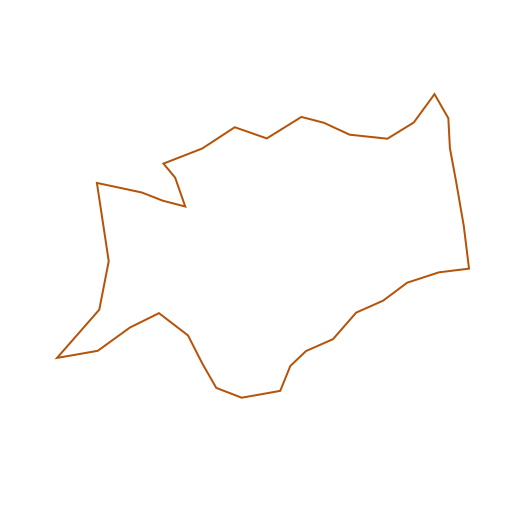 Kazafani, Cyprus (Robinson projection), rotated 353°
{"feature_id": "46923920B35244398471877", "entity_name": "Kazafani", "entity_type": "district", "adm_level": 2, "iso_a3": "CYP", "parent_name": "Cyprus", "parent_adm1": "", "projection": "robinson", "projection_center": [33.356, 35.324], "detail": "fine", "context": "isolated", "style": "outline", "palette": "amber", "viewbox_px": 512, "rotation_deg": 353, "n_neighbors": 0, "source": "geoboundaries", "source_scale": "gbopen_adm2", "svg_char_len": 642}
<svg xmlns="http://www.w3.org/2000/svg" viewBox="0 0 512 512"><g transform="rotate(353 256 256)"><path d="M46.1,332.9L87.4,330.8L122.2,311.6L152.7,300.9L178.8,326.5L189.7,356.4L200.5,382.1L224.5,394.9L263.6,392.8L276.7,369.3L294.1,356.4L322.3,347.9L348.5,324.4L376.7,315.8L402.8,300.9L435.5,294.5L465.9,294.5L465.9,251.7L463.7,206.8L461.6,172.6L463.7,142.7L459.8,133.5L452.9,117.1L428.9,142.7L400.7,155.6L363.7,147.0L339.7,132.1L318.0,123.5L281.0,140.6L250.6,125.6L215.8,142.7L175.4,153.0L185.3,168.4L191.8,198.3L170.1,189.7L150.5,179.1L107.0,164.1L109.2,243.2L93.9,290.2L46.1,332.9Z" fill="none" stroke="#b45309" stroke-width="2"/></g></svg>